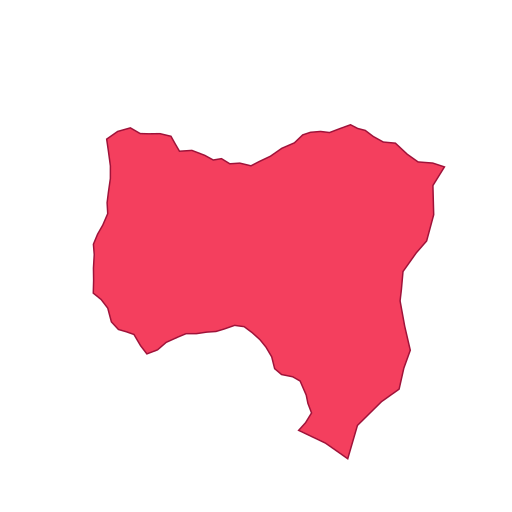 Zabelê, Paraíba, Brazil (Robinson projection), rotated 201°
{"feature_id": "56859067B18292318839761", "entity_name": "Zabelê", "entity_type": "district", "adm_level": 2, "iso_a3": "BRA", "parent_name": "Brazil", "parent_adm1": "Paraíba", "projection": "robinson", "projection_center": [-37.088, -8.075], "detail": "fine", "context": "isolated", "style": "filled", "palette": "rose", "viewbox_px": 512, "rotation_deg": 201, "n_neighbors": 0, "source": "geoboundaries", "source_scale": "gbopen_adm2", "svg_char_len": 1302}
<svg xmlns="http://www.w3.org/2000/svg" viewBox="0 0 512 512"><g transform="rotate(201 256 256)"><path d="M97.7,99.6L100.6,134.2L86.6,165.1L74.7,183.0L77.8,204.3L78.2,223.3L92.0,243.7L105.4,265.7L108.3,277.0L113.2,294.2L107.5,316.4L102.1,331.2L104.9,358.2L116.1,385.2L112.0,406.7L124.3,406.1L138.4,401.9L151.3,405.2L166.3,411.3L178.0,408.0L189.4,409.6L199.0,412.4L206.8,411.5L214.8,412.4L223.1,405.2L231.6,397.6L240.4,395.4L249.5,391.0L255.8,385.8L260.7,375.4L270.5,365.8L278.3,354.3L286.8,345.4L293.0,338.4L304.4,336.9L313.5,332.7L323.1,334.5L330.3,330.3L339.9,331.6L353.7,331.6L365.0,326.4L371.5,331.6L378.3,337.3L389.5,335.8L400.0,331.6L408.0,328.8L419.2,330.6L429.8,322.7L437.3,311.6L431.2,300.7L424.2,287.9L419.7,276.1L416.7,262.9L414.1,252.4L409.6,242.4L410.1,230.0L411.7,219.6L412.0,208.7L407.5,199.3L403.4,186.4L398.8,174.9L394.6,163.0L385.0,159.9L375.7,154.2L367.4,142.7L358.1,138.1L349.8,138.8L341.8,139.0L331.6,130.9L322.8,125.5L314.3,133.1L308.9,143.2L300.1,152.1L293.5,158.4L283.9,162.1L274.7,167.3L266.3,171.2L259.6,176.4L251.1,183.6L241.7,185.8L231.9,183.0L222.3,179.3L214.0,174.5L205.2,167.5L198.2,157.5L189.7,154.5L178.5,156.4L170.0,155.1L159.3,144.2L154.7,137.0L147.9,129.4L150.0,118.1L153.7,108.5L124.1,106.2L97.7,99.6Z" fill="#f43f5e" stroke="#9f1239" stroke-width="1.5"/></g></svg>